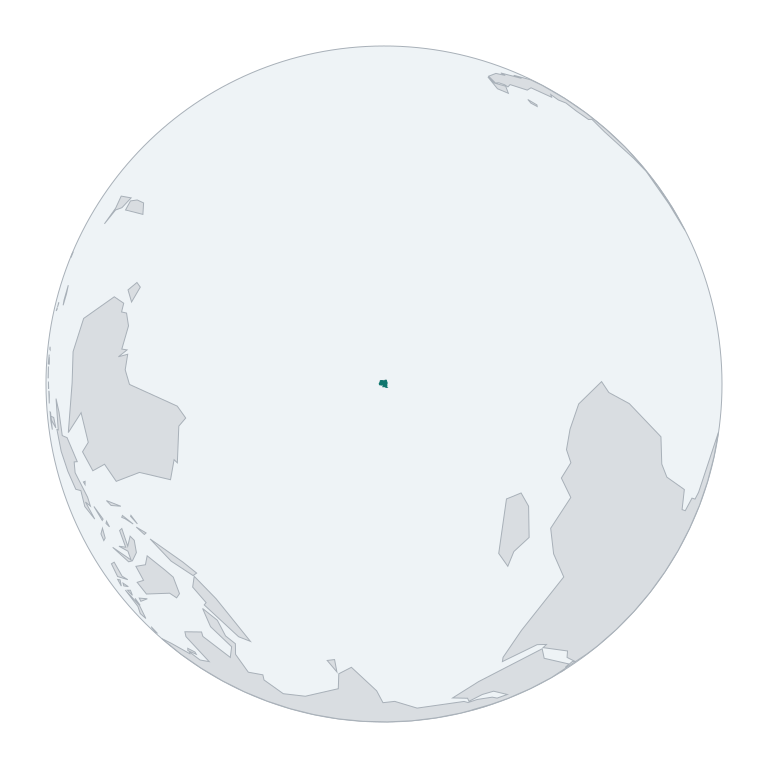 Archipel des Kerguelen highlighted on a globe, orthographic projection, rotated 177°
{"feature_id": "ATF-5916", "entity_name": "Archipel des Kerguelen", "entity_type": "state/province", "adm_level": 1, "iso_a3": "ATF", "parent_name": "French Southern and Antarctic Lands", "parent_adm1": "", "projection": "orthographic", "projection_center": [69.4, -49.144], "detail": "fine", "context": "on_globe", "style": "filled", "palette": "teal", "viewbox_px": 768, "rotation_deg": 177, "n_neighbors": 0, "source": "natural_earth", "source_scale": "10m", "svg_char_len": 8910}
<svg xmlns="http://www.w3.org/2000/svg" viewBox="0 0 768 768"><g transform="rotate(177 384 384)"><circle cx="384" cy="384" r="338" fill="#eef3f6" stroke="#a8b0b8"/><path d="M75.5,521.8L90.1,549.0L111.0,582.5L122.9,596.3L150.7,624.4L162.5,637.4L165.9,637.4L178.0,646.8L187.6,655.1L195.0,658.5L202.3,664.3L201.6,661.6L221.7,672.1L225.6,670.0L242.4,676.4L244.7,674.2L248.0,676.6L253.6,678.8L256.9,678.7L263.4,685.9L256.0,688.3L246.8,685.8L251.1,688.5L230.7,682.0L238.3,685.5L221.9,680.2L210.2,673.8L188.6,659.7L168.1,644.0L149.0,626.8L131.1,608.2L114.8,588.2L100.0,567.1L86.9,545.0L75.5,521.8ZM255.2,672.9L264.2,685.2L257.9,678.7L246.9,675.0L244.6,667.8L255.2,672.9ZM225.5,660.6L216.7,654.7L216.5,653.1L222.6,656.8L225.5,660.6ZM184.6,111.2L195.7,103.7L215.2,92.1L232.1,82.1L254.4,71.9L277.4,63.3L301.0,56.4L325.0,51.3L349.4,47.9L373.9,46.2L398.4,46.4L422.9,48.3L447.2,52.0L471.2,57.5L494.7,64.7L517.6,73.6L539.8,84.1L561.1,96.2L581.6,109.9L601.0,124.9L619.2,141.4L610.0,136.2L592.0,124.8L592.1,126.4L582.1,118.0L573.1,115.9L595.0,142.1L595.8,147.0L579.2,145.9L578.1,141.4L551.8,119.0L549.9,129.6L569.9,150.7L576.9,169.3L562.8,156.8L555.4,140.7L546.0,132.4L546.4,121.8L534.6,103.3L520.2,99.9L519.3,94.7L500.8,80.0L478.9,76.3L445.6,82.1L444.3,97.0L431.4,102.8L407.4,78.0L401.7,65.8L389.9,66.5L367.9,58.6L320.7,62.8L316.8,61.5L307.3,64.1L292.3,65.6L287.5,64.4L277.1,67.5L290.6,71.5L302.1,68.8L315.7,62.7L317.0,65.8L331.9,66.9L305.2,81.8L239.9,111.3L238.4,101.7L213.9,94.7L217.4,91.9L217.5,91.8L217.5,91.6L210.3,97.1L207.7,96.9L215.5,101.4L214.7,107.8L238.9,112.4L235.4,115.4L244.7,115.7L280.3,100.6L279.4,104.8L259.6,130.8L214.6,181.9L223.5,205.5L225.1,231.2L203.4,260.9L211.8,280.8L201.5,295.6L205.2,308.9L200.6,329.1L190.6,353.9L166.6,375.0L159.9,363.7L140.0,351.5L110.2,316.8L110.8,289.5L106.4,276.2L89.6,262.9L92.9,243.0L89.8,241.7L82.4,253.9L79.4,252.8L75.5,259.4L55.2,311.5L52.5,318.4L52.6,318.1L58.4,293.7L66.0,269.7L75.3,246.4L86.4,223.9L99.1,202.2L113.4,181.6L129.2,162.0L146.4,143.7L164.9,126.7L184.6,111.2ZM292.9,58.6L291.6,59.0L312.2,54.2L311.7,53.9L292.9,58.6ZM222.7,87.0L218.8,89.2L218.2,89.5L222.7,87.0ZM382.2,380.9L387.4,387.4L381.5,387.7L382.2,380.9ZM278.3,208.8L267.7,262.8L252.8,268.0L246.0,254.4L247.1,223.2L263.1,209.9L269.9,195.5L278.3,208.8ZM637.6,257.2L644.0,265.1L643.6,266.1L637.6,257.2ZM631.2,246.3L638.9,254.1L629.4,247.7L631.2,246.3ZM641.8,257.3L649.6,263.0L652.9,264.6L652.1,266.4L641.8,257.3ZM625.7,241.5L594.2,216.7L581.0,205.0L584.7,202.7L605.9,218.3L625.7,241.5ZM583.6,201.9L562.9,178.3L530.9,134.0L542.4,139.2L575.1,172.8L573.1,175.0L585.7,191.2L583.6,201.9ZM631.7,216.0L629.5,224.8L612.6,209.8L604.6,202.2L599.2,185.3L602.3,181.3L609.0,186.3L632.2,186.7L640.9,198.9L634.4,200.5L641.3,214.9L631.7,216.0ZM446.1,98.9L455.2,110.9L447.8,111.4L446.1,98.9ZM639.6,183.0L631.6,181.9L638.2,179.7L639.6,183.0ZM642.2,178.9L643.8,183.0L639.1,175.8L642.2,178.9ZM593.8,130.3L586.8,126.2L585.6,123.9L593.8,128.0L593.8,130.3ZM625.1,147.6L628.7,152.6L628.7,153.2L623.7,147.3L625.1,147.6ZM633.0,571.3L627.6,580.1L620.8,580.7L614.6,577.4L615.9,566.0L633.0,571.3ZM622.3,493.5L631.8,479.1L634.7,491.4L625.4,498.3L622.3,493.5ZM636.5,573.8L643.0,571.8L654.8,558.6L642.8,573.6L636.6,585.4L626.8,583.1L636.5,573.8ZM638.2,396.9L591.6,372.7L583.8,360.4L591.1,352.7L594.5,316.1L597.6,319.4L602.2,299.6L632.9,308.5L656.5,300.8L667.3,318.5L679.3,312.6L688.6,332.1L682.4,341.2L688.0,371.2L701.8,352.0L695.4,401.4L692.8,432.6L680.5,465.2L648.8,485.2L639.7,478.3L642.3,469.7L637.4,468.3L636.1,455.4L644.0,432.6L638.8,431.5L647.8,425.1L638.4,427.1L641.7,411.7L638.2,396.9ZM700.3,479.4L699.1,484.7L694.1,499.2L696.3,490.8L700.3,479.4ZM690.2,526.5L687.3,532.5L689.4,527.9L690.2,526.5ZM688.1,531.4L689.8,527.8L688.9,529.6L688.1,531.4ZM706.0,478.0L704.5,482.7L704.6,481.7L706.0,478.0ZM706.7,475.4L707.6,474.1L706.2,477.6L706.7,475.4ZM715.6,435.6L715.9,436.1L715.5,438.7L715.6,435.6ZM653.2,275.7L662.9,277.0L667.3,282.1L653.2,275.7ZM716.8,428.3L717.1,422.1L717.5,420.8L716.8,428.3ZM717.7,424.4L718.3,421.2L716.8,430.9L717.7,424.4ZM719.1,407.6L718.2,419.1L719.0,407.3L719.1,407.6ZM719.0,404.0L719.1,397.2L719.3,396.7L719.0,404.0ZM711.7,355.2L712.3,386.6L710.0,372.8L708.0,349.3L703.3,347.0L694.4,322.5L697.5,322.4L697.1,311.6L685.9,286.4L683.6,277.4L688.3,281.8L679.9,264.2L689.2,277.3L692.3,293.4L697.3,295.0L704.3,313.4L709.9,333.7L713.0,355.7L711.7,355.2ZM687.8,299.1L689.3,301.9L687.6,302.5L687.8,299.1ZM719.3,382.1L719.1,394.2L718.9,394.7L718.8,390.4L719.3,382.1ZM714.0,357.3L717.9,365.2L718.4,369.3L715.6,367.9L714.0,357.3ZM717.6,355.8L718.7,364.7L718.9,373.6L718.5,373.2L717.6,355.8ZM668.9,259.3L668.3,261.5L665.6,255.7L668.9,259.3ZM672.5,262.5L680.1,276.9L671.6,263.8L672.5,262.5ZM645.8,221.5L648.5,230.5L657.2,235.9L650.5,234.5L655.7,251.5L653.4,253.4L648.4,235.4L645.5,245.3L641.6,241.0L640.1,228.6L644.5,220.6L648.3,219.8L663.5,235.1L645.8,221.5ZM672.7,254.7L670.5,244.7L672.0,242.3L674.5,249.1L672.7,254.7ZM662.8,220.2L655.6,205.8L650.1,202.0L660.1,205.7L665.6,218.7L662.8,220.2ZM655.0,198.8L649.9,195.0L654.4,196.0L655.0,198.8ZM648.0,191.3L646.3,186.1L650.9,191.5L648.0,191.3ZM657.8,202.2L656.9,195.9L660.2,202.8L657.8,202.2ZM641.4,174.8L653.1,191.8L639.8,175.7L634.1,162.3L639.4,167.5L641.4,174.8Z" fill="#d9dde1" stroke="#a8b0b8" stroke-width="1"/><path d="M388.4,384.3L388.5,384.5L388.4,384.8L388.3,385.0L388.1,385.3L387.8,385.2L387.7,385.2L387.6,385.3L387.8,385.6L388.1,385.8L387.7,385.7L387.4,385.8L387.2,385.3L386.8,385.2L386.7,385.2L386.5,385.3L386.4,385.3L386.2,385.2L385.9,385.2L385.6,385.2L385.8,385.3L386.0,385.5L385.9,385.5L386.0,385.6L385.9,385.8L385.8,385.6L385.7,385.5L385.6,385.8L385.4,385.6L385.1,385.5L385.3,385.8L385.5,386.0L385.6,386.3L385.9,386.5L386.2,386.5L386.5,386.7L386.8,386.8L386.5,386.5L386.5,386.2L386.8,386.1L387.0,386.2L387.1,386.3L387.4,386.3L387.5,386.6L387.3,386.8L386.9,386.8L387.2,386.9L387.3,387.0L387.2,387.2L386.9,387.2L386.8,387.4L386.5,387.4L386.3,387.3L386.0,387.3L385.7,387.2L385.6,386.9L385.5,386.7L385.4,386.2L385.1,386.1L385.2,386.3L385.0,386.2L384.9,386.1L385.0,386.4L385.2,386.6L385.2,386.9L385.0,387.1L384.9,387.0L384.7,386.9L384.3,386.9L384.1,386.7L383.9,386.5L383.7,386.5L383.5,386.2L383.3,386.0L383.2,386.1L383.3,386.2L383.2,386.2L383.3,386.4L383.4,386.5L383.2,386.4L383.0,386.2L383.1,386.3L383.1,386.5L383.0,386.8L382.9,386.7L382.8,386.3L382.7,386.6L382.9,387.0L382.7,387.2L382.6,387.3L382.4,387.4L382.2,387.4L381.8,387.4L381.7,387.3L381.6,387.1L381.6,386.9L381.6,386.7L381.8,386.3L381.9,386.2L381.9,385.9L382.1,385.7L382.0,385.3L381.9,385.3L381.7,385.3L381.9,385.1L382.2,385.1L382.2,384.9L381.8,384.9L381.7,384.8L381.8,384.8L381.7,384.6L381.6,384.4L381.6,384.2L381.6,384.3L381.9,384.2L382.2,384.0L381.9,384.0L381.7,383.9L381.8,383.9L381.7,383.8L381.6,383.7L381.5,383.4L381.8,383.5L381.7,383.3L381.7,383.0L381.9,383.0L382.1,383.0L382.0,382.8L381.9,382.7L381.7,382.4L381.7,382.2L381.9,382.1L382.0,382.1L382.1,381.9L382.2,381.6L382.2,381.4L382.3,381.2L382.5,381.1L382.8,381.3L382.7,381.5L382.9,381.5L382.4,382.0L382.1,382.5L382.2,382.4L382.3,382.4L382.3,382.2L382.5,382.2L382.5,382.3L382.7,381.9L383.0,381.7L383.2,381.8L382.9,382.0L383.0,382.2L383.0,382.4L382.8,382.6L382.7,382.8L382.8,382.7L382.8,383.0L382.5,383.2L382.5,383.4L382.5,383.7L382.7,383.8L382.7,383.4L382.9,383.1L383.0,383.2L383.1,383.4L383.1,383.6L383.1,383.8L383.3,383.9L383.8,383.6L384.1,383.2L384.2,383.3L384.2,383.6L384.3,383.6L384.5,383.1L384.7,382.9L384.7,383.0L384.8,383.2L384.7,383.3L384.8,383.4L385.0,383.5L384.9,383.6L384.7,383.7L384.9,383.7L384.9,383.9L384.7,383.9L384.5,384.0L384.4,383.9L384.0,383.8L383.8,384.0L383.7,384.1L383.6,384.3L383.7,384.2L383.8,384.2L384.1,384.0L384.3,384.0L384.1,384.1L383.9,384.2L384.2,384.3L384.3,384.4L384.4,384.6L384.5,384.6L384.3,384.6L384.0,384.8L384.4,384.7L384.7,384.7L385.0,384.6L385.3,384.6L385.0,384.8L384.7,384.9L385.0,385.0L385.3,384.8L385.5,384.7L385.5,384.8L385.7,384.7L385.8,384.6L385.7,384.4L385.8,384.4L386.0,384.2L386.3,384.0L386.7,383.9L386.9,384.0L387.1,384.1L387.2,383.9L387.4,383.6L387.6,383.5L387.9,383.5L388.2,383.6L388.3,383.7L388.4,384.0L388.4,384.3ZM383.2,383.1L383.3,383.0L383.3,382.9L383.5,382.7L383.8,382.5L383.7,382.7L383.7,382.8L384.0,382.7L384.0,382.8L383.9,383.0L383.7,383.1L383.7,383.3L383.7,383.5L383.3,383.7L383.2,383.7L383.2,383.4L383.2,383.1L383.2,383.1ZM383.3,382.3L383.4,382.5L383.2,382.8L383.1,383.0L383.0,382.8L383.1,382.6L383.1,382.4L383.3,382.3ZM381.7,385.2L381.6,385.3L381.3,385.3L381.2,385.2L381.3,385.0L381.5,385.1L381.7,385.2ZM386.1,386.4L385.9,386.3L385.9,386.2L385.7,386.2L385.8,386.1L386.0,386.1L386.2,386.3L386.3,386.4L386.4,386.5L386.1,386.4ZM384.7,384.3L384.9,384.1L385.1,384.0L384.9,384.3L384.7,384.3ZM384.3,382.5L384.2,382.4L384.0,382.1L384.3,382.3L384.5,382.3L384.4,382.4L384.3,382.5L384.3,382.5ZM381.7,380.8L381.6,380.7L381.8,380.7L381.8,380.8L381.7,380.8ZM381.2,380.9L381.2,381.0L380.9,381.0L381.0,381.0L381.1,380.9L381.2,380.9Z" fill="#14b8a6" stroke="#0f766e" stroke-width="1.5"/></g></svg>